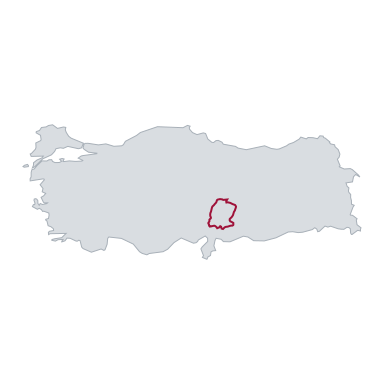 location of K. Maras within Turkey
{"feature_id": "TUR-2283", "entity_name": "K. Maras", "entity_type": "Province", "adm_level": 1, "iso_a3": "TUR", "parent_name": "Turkey", "parent_adm1": "", "projection": "robinson", "projection_center": [36.909, 37.929], "detail": "fine", "context": "in_parent", "style": "outline", "palette": "rose", "viewbox_px": 384, "rotation_deg": 0, "n_neighbors": 0, "source": "natural_earth", "source_scale": "10m", "svg_char_len": 4674}
<svg xmlns="http://www.w3.org/2000/svg" viewBox="0 0 384 384"><path d="M300.8,137.1L306.3,138.9L308.1,137.5L313.0,137.7L317.5,138.7L319.9,135.8L323.1,136.1L323.7,137.6L325.2,138.1L329.9,142.0L329.4,142.5L330.6,143.9L334.6,144.8L335.0,146.7L338.2,149.6L339.9,154.1L339.1,157.2L337.4,159.2L340.1,165.9L339.3,166.8L344.2,169.0L350.3,168.6L352.3,169.6L358.3,174.9L359.9,177.0L355.7,174.5L353.5,176.7L352.5,181.9L346.0,182.9L347.1,186.3L348.9,187.9L348.4,191.1L348.9,192.4L350.7,194.5L350.6,197.5L351.4,200.5L351.5,204.2L354.2,205.3L353.0,207.1L350.2,214.5L350.4,215.1L352.5,215.3L357.1,218.8L356.3,219.9L357.0,224.7L361.0,227.8L360.4,229.4L360.5,231.0L357.7,230.3L352.0,234.5L351.4,234.4L350.6,233.0L350.3,228.7L348.9,227.6L347.0,227.3L343.9,229.3L341.1,229.2L338.2,228.8L330.6,226.2L327.9,227.1L325.0,226.1L319.4,231.3L317.7,231.7L316.8,229.1L314.8,227.7L312.3,229.6L302.7,232.2L298.2,232.6L292.7,231.7L288.2,232.0L276.0,237.8L264.3,240.9L253.7,240.7L247.9,237.0L243.4,236.2L230.0,241.8L223.4,241.6L221.2,239.3L216.1,238.3L215.0,240.5L213.9,245.8L215.7,250.6L212.8,250.9L211.0,251.9L210.5,255.5L207.9,257.0L207.0,259.2L206.6,259.2L202.4,257.4L203.5,255.6L200.9,248.9L202.2,246.9L207.7,241.4L207.6,238.2L205.2,236.0L198.3,240.0L197.6,241.5L196.1,242.7L193.5,243.2L181.2,238.0L174.0,242.6L167.7,249.2L163.1,251.7L149.3,253.5L146.9,254.8L142.2,253.4L139.5,251.7L133.3,244.1L121.4,238.4L108.8,237.0L107.7,238.4L107.1,244.3L105.0,249.8L103.9,250.4L101.1,249.0L91.4,252.2L83.1,248.6L81.7,247.1L80.1,240.7L78.8,240.2L77.5,241.1L76.1,241.1L70.2,238.3L67.0,238.1L65.0,240.8L61.8,241.9L61.8,241.2L63.1,239.4L58.0,239.7L55.4,241.1L51.8,240.3L52.0,239.5L55.0,238.7L61.7,237.7L66.1,233.4L50.1,233.7L48.6,234.6L48.4,232.4L49.4,231.3L53.6,230.5L53.4,228.7L50.9,226.7L48.1,225.7L47.0,221.1L45.6,219.9L45.8,219.3L48.5,218.5L49.1,215.1L48.8,213.0L43.8,211.2L42.6,211.4L41.4,209.6L39.2,208.3L37.4,209.3L32.4,206.6L33.4,204.6L34.7,204.6L35.0,203.1L34.0,200.4L34.2,199.1L35.3,198.7L36.6,199.0L37.8,200.5L37.9,203.5L39.2,205.3L40.2,203.5L42.5,204.5L46.8,203.6L47.6,202.8L44.5,202.9L43.4,202.2L41.1,197.3L43.7,195.8L45.7,193.4L42.2,191.8L43.0,188.5L40.1,184.7L44.3,179.9L44.2,179.2L42.9,178.9L30.2,180.9L30.1,178.8L31.1,176.9L31.2,172.2L31.9,169.7L34.3,168.9L37.3,165.3L42.1,160.9L46.9,161.0L48.9,159.8L51.7,159.7L52.5,161.4L55.0,162.6L59.4,162.5L61.6,161.3L59.6,159.2L62.1,158.5L64.1,159.0L63.0,161.3L63.6,161.6L69.3,160.9L75.3,161.4L81.9,161.1L82.8,160.4L78.2,158.1L81.2,156.0L82.9,155.6L96.8,153.7L96.9,153.2L88.5,152.2L84.2,149.4L83.0,148.0L84.0,144.3L85.0,143.4L88.0,143.3L98.4,144.9L105.9,143.9L113.9,146.3L121.7,145.8L123.4,144.7L125.4,141.3L136.5,135.5L140.4,132.5L157.5,126.7L183.0,127.7L187.5,125.4L190.1,126.2L189.3,127.7L189.5,129.1L192.5,132.6L197.0,134.6L203.3,132.9L205.6,133.5L207.8,139.0L211.8,142.3L213.6,142.5L216.0,140.6L218.3,140.4L222.0,142.2L223.3,144.2L235.5,146.4L238.1,148.1L246.3,149.7L264.6,145.8L271.3,148.5L276.9,149.3L279.3,148.9L286.6,145.8L288.9,144.1L293.5,142.5L299.2,139.1L300.8,137.1ZM65.8,127.4L65.3,129.9L66.3,132.5L68.7,136.3L71.2,138.2L83.4,143.2L81.5,147.9L78.4,148.7L67.8,146.4L63.4,148.3L60.3,147.8L56.0,148.7L54.6,151.5L51.5,154.8L42.8,158.8L34.6,166.8L32.4,167.9L33.5,165.2L33.5,162.8L37.0,160.0L41.9,157.9L43.3,156.1L31.2,156.4L30.2,154.0L31.4,153.5L35.5,149.1L36.0,147.3L35.8,143.0L40.7,140.6L41.1,139.5L40.5,135.3L36.1,132.8L36.3,131.6L39.5,130.5L41.5,127.5L46.2,126.9L48.5,125.5L52.6,124.8L57.5,128.4L63.5,127.0L65.8,127.4ZM28.3,166.6L24.3,167.2L23.0,166.6L24.4,165.3L27.5,164.4L28.5,165.7L28.3,166.6Z" fill="#d9dde1" stroke="#a8b0b8" stroke-width="1"/><path d="M213.4,205.6L214.1,204.9L214.6,204.2L216.0,202.7L216.5,201.8L216.8,200.6L217.1,200.0L217.7,199.6L220.0,199.1L222.3,199.4L222.8,199.7L223.2,199.9L227.2,199.5L226.2,201.2L226.4,202.5L226.7,202.5L227.3,202.3L227.7,202.3L230.3,202.9L232.6,204.1L233.8,204.5L235.2,205.1L236.0,206.5L235.9,207.4L235.0,209.9L234.9,210.5L234.5,211.0L234.3,211.3L233.9,212.0L233.0,215.1L232.2,216.4L231.4,217.4L230.4,218.3L229.7,219.1L229.7,220.4L230.3,221.4L231.4,221.8L233.3,222.9L233.3,223.5L233.4,224.2L233.2,225.1L232.4,225.6L231.3,225.6L230.2,225.8L227.8,226.6L225.6,226.9L224.6,227.4L223.0,229.0L221.6,228.6L221.1,226.7L220.2,226.2L219.4,227.3L217.2,228.2L216.5,227.1L215.5,226.3L214.9,225.9L214.2,225.7L212.8,226.0L212.2,226.1L211.6,226.3L211.0,226.4L210.7,226.1L210.2,226.2L210.1,226.3L209.9,226.5L209.1,225.7L209.0,224.3L208.8,224.0L208.5,223.8L208.3,223.2L208.5,222.5L209.0,222.0L209.4,221.3L209.4,219.7L209.9,219.1L210.2,218.9L210.8,218.3L210.9,217.4L210.3,216.1L210.2,215.1L210.2,214.4L210.4,213.0L211.0,211.6L211.9,207.8L212.4,206.5L213.4,205.6Z" fill="none" stroke="#9f1239" stroke-width="2"/></svg>